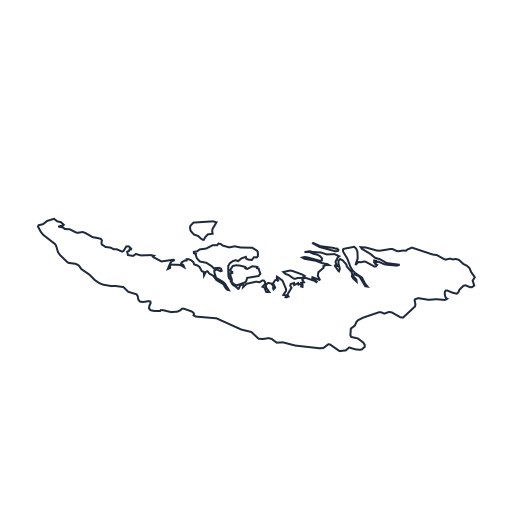 outline of Rakhine, rotated 125°
{"feature_id": "MMR-3273", "entity_name": "Rakhine", "entity_type": "State", "adm_level": 1, "iso_a3": "MMR", "parent_name": "Myanmar", "parent_adm1": "", "projection": "robinson", "projection_center": [93.662, 19.414], "detail": "fine", "context": "isolated", "style": "outline", "palette": "slate", "viewbox_px": 512, "rotation_deg": 125, "n_neighbors": 0, "source": "natural_earth", "source_scale": "10m", "svg_char_len": 6135}
<svg xmlns="http://www.w3.org/2000/svg" viewBox="0 0 512 512"><g transform="rotate(125 256 256)"><path d="M175.5,80.8L177.2,80.7L179.2,79.3L180.8,77.5L181.5,75.9L181.4,74.9L183.7,76.1L187.9,83.4L192.9,89.5L197.4,98.8L200.2,100.9L201.2,100.8L204.1,97.7L206.1,96.8L222.1,100.2L223.4,102.6L224.3,112.3L225.0,113.9L225.7,115.1L229.6,117.8L230.3,121.1L231.4,122.9L245.2,133.0L250.3,135.7L252.6,135.9L256.4,135.1L261.0,136.7L266.7,133.3L267.7,131.6L265.1,125.2L265.4,118.4L266.4,116.0L268.1,114.8L271.9,115.8L273.2,117.0L275.6,121.4L277.5,127.2L281.8,128.3L286.0,133.0L286.0,144.5L286.8,146.1L292.6,148.0L294.9,150.6L306.9,172.6L311.2,184.2L315.2,189.5L314.9,195.4L316.0,198.5L320.2,202.9L322.3,206.5L320.9,216.2L324.7,225.9L329.7,252.6L340.1,270.5L340.5,273.1L339.1,273.5L338.4,274.6L338.3,276.8L340.5,284.8L341.5,286.3L344.0,286.9L346.7,288.5L350.7,293.4L353.7,301.1L355.0,303.0L356.1,303.0L359.6,308.2L360.9,311.3L360.3,313.6L357.9,314.8L355.2,315.2L353.9,316.4L354.6,318.1L358.2,321.8L359.9,324.7L359.4,327.1L356.8,329.8L355.9,331.8L358.6,340.1L357.5,346.8L361.3,354.2L363.6,357.2L367.2,364.9L368.1,368.8L368.2,374.1L366.8,381.7L366.9,391.5L365.5,395.5L365.5,396.9L365.9,399.3L369.2,405.7L369.2,407.3L367.6,417.2L366.4,420.4L362.2,425.7L361.5,427.4L360.7,442.5L359.7,446.0L356.9,451.5L355.4,451.7L352.1,448.7L347.1,447.2L341.4,442.8L341.6,438.7L340.2,435.1L340.7,431.4L342.1,431.9L345.3,434.9L343.3,430.3L343.6,428.2L340.9,423.8L340.1,417.5L339.4,415.5L335.8,411.8L335.0,408.9L334.3,400.8L331.3,394.0L331.0,392.5L331.6,391.2L334.1,390.0L335.0,388.9L334.9,384.5L332.5,379.8L332.1,376.5L330.4,374.0L329.2,368.2L327.9,367.4L322.5,367.7L321.1,365.8L321.6,362.4L322.2,362.1L323.2,363.4L324.5,362.9L326.4,364.0L328.7,361.4L326.4,356.7L323.2,355.5L321.6,350.7L315.6,342.7L314.4,339.8L315.6,340.2L315.8,339.3L314.7,330.3L306.4,321.5L306.4,320.8L307.0,320.8L308.5,322.1L311.6,322.0L317.2,320.8L315.0,319.5L313.0,321.1L311.7,320.5L306.7,312.9L306.4,308.4L305.1,310.4L305.2,312.9L303.9,313.3L300.5,311.7L299.6,310.3L298.4,311.0L297.2,309.2L296.7,306.4L297.0,303.6L298.4,301.8L297.3,298.5L297.4,296.0L299.5,291.7L299.0,289.7L301.8,287.4L297.9,288.0L296.5,287.3L296.4,286.6L297.2,284.1L296.7,279.6L298.4,274.6L297.8,266.6L299.8,262.2L300.1,260.0L299.5,258.6L296.5,265.5L296.1,268.3L296.8,276.2L293.5,280.5L291.8,281.8L289.6,280.5L288.8,276.2L287.8,275.6L286.5,277.5L286.9,279.5L290.3,283.6L289.8,286.4L290.0,292.7L292.7,298.8L291.8,303.1L289.9,305.8L288.8,306.3L289.4,308.4L288.2,309.3L286.3,307.1L282.8,305.8L278.5,301.1L271.9,297.6L269.4,294.0L267.3,293.9L266.4,291.6L266.6,289.4L264.3,282.9L260.2,278.9L258.0,273.7L251.4,263.8L251.1,258.2L251.7,256.8L254.9,254.4L256.8,254.6L258.1,256.9L261.7,257.2L263.3,260.1L263.8,262.4L262.5,263.8L266.2,266.5L270.5,267.7L271.0,270.1L273.6,272.1L277.1,273.3L280.2,273.0L288.2,267.1L289.8,265.1L289.8,263.1L291.0,262.5L292.9,258.8L292.7,253.9L293.2,252.0L292.7,251.4L289.6,252.0L287.6,251.5L286.9,250.5L287.3,249.4L288.8,248.7L284.2,247.8L276.9,241.1L275.5,238.1L272.3,236.7L271.6,235.3L272.2,233.5L273.7,232.5L277.4,233.0L276.9,231.3L279.6,227.0L277.9,224.4L276.0,229.7L274.1,231.2L271.6,230.9L270.8,230.2L269.8,227.5L270.6,224.6L272.5,223.6L273.3,222.5L270.9,222.2L268.5,226.4L264.8,226.4L263.8,225.5L263.7,223.1L262.0,226.5L260.9,227.0L260.9,220.8L261.3,219.6L265.8,212.5L267.4,211.3L272.2,211.3L271.2,209.1L271.6,208.3L272.8,208.1L272.4,207.3L270.5,206.1L269.7,208.1L261.7,208.7L260.8,210.8L259.2,211.5L256.3,209.4L257.9,208.1L254.0,205.9L255.1,204.8L253.9,204.1L253.4,202.9L253.9,201.9L255.1,201.6L254.6,200.2L252.7,201.4L251.8,203.5L250.0,201.6L248.9,204.5L248.0,204.8L246.1,203.4L245.3,202.3L242.8,193.9L242.7,191.6L242.1,191.6L241.8,197.2L241.0,197.6L239.2,190.3L238.7,190.3L236.9,193.9L233.6,195.6L226.8,193.9L225.6,195.0L223.2,193.4L221.6,191.1L221.7,192.9L223.9,197.6L225.6,204.2L230.5,214.7L230.7,217.2L229.0,215.7L227.7,213.2L223.2,200.6L221.9,199.5L220.0,200.7L219.4,203.5L219.8,206.7L221.3,210.3L222.1,214.6L225.0,218.5L221.3,214.8L220.3,212.1L215.9,204.8L214.1,198.9L209.4,192.7L208.5,187.7L210.0,188.2L214.5,187.7L215.5,187.2L217.6,183.8L218.2,185.8L218.8,185.8L221.0,179.8L221.0,179.2L218.4,180.0L214.9,184.0L212.5,185.8L210.2,185.3L209.9,182.3L211.1,177.2L212.5,175.6L214.4,168.3L215.7,166.7L217.7,165.8L218.6,163.7L219.3,158.9L217.8,160.2L217.0,164.1L215.9,165.5L214.6,165.2L213.6,160.9L213.7,158.9L218.1,149.1L217.1,147.1L216.0,151.0L212.9,156.8L213.1,164.9L212.3,169.0L210.6,172.7L205.7,179.8L202.5,187.1L201.1,188.3L200.0,188.4L192.1,180.8L192.6,178.0L194.4,175.3L199.7,171.3L206.3,169.4L202.1,168.6L201.1,166.7L198.3,164.0L197.8,162.8L196.7,152.8L195.7,151.8L193.8,151.7L194.1,153.8L193.2,155.8L191.9,156.6L191.0,154.9L192.7,154.4L190.4,152.4L189.2,146.2L187.9,143.5L183.1,135.1L180.8,133.3L186.8,144.8L187.5,152.3L189.2,157.6L188.7,163.5L189.4,173.4L188.7,175.3L185.9,170.6L182.2,160.1L180.5,157.4L172.9,149.6L172.0,148.1L171.2,143.7L170.2,141.8L167.1,138.6L165.7,136.2L163.7,135.6L159.7,133.1L153.5,112.3L151.5,108.3L150.6,99.8L150.2,98.6L146.8,95.5L145.8,92.6L143.9,90.7L142.8,87.7L143.6,81.5L143.0,77.7L143.5,74.1L145.8,70.5L147.9,64.6L151.9,64.4L155.0,60.3L157.7,61.2L158.8,62.8L159.9,67.7L161.5,69.0L166.8,70.0L169.6,69.4L171.7,69.9L173.3,73.8L174.6,79.6L175.5,80.8ZM291.5,255.9L291.7,259.2L291.1,261.0L289.0,262.4L287.1,265.3L284.8,267.1L283.6,265.7L282.6,266.3L282.8,268.7L282.1,269.1L277.6,269.3L275.2,267.2L273.2,263.9L271.2,258.8L271.3,257.8L272.1,257.8L272.2,257.2L271.6,255.7L266.5,253.1L264.2,248.7L265.4,248.2L264.8,246.7L268.1,242.2L271.0,242.5L279.0,250.7L282.2,249.6L284.0,249.9L290.3,254.4L291.5,255.9ZM272.8,314.9L274.0,319.1L273.0,323.6L271.7,325.4L270.0,326.7L268.5,327.0L264.5,326.4L252.2,311.0L251.1,307.7L258.8,307.1L260.7,306.2L262.6,304.3L266.0,307.9L269.7,308.4L272.6,308.0L273.2,308.7L273.3,311.0L272.8,314.9ZM252.9,218.5L253.8,221.4L253.4,224.4L248.9,220.3L247.5,218.2L244.7,207.7L244.4,204.6L246.0,204.8L247.7,206.0L250.0,209.2L252.3,210.9L252.9,212.3L252.9,218.5ZM206.5,193.4L212.2,209.1L213.0,216.6L212.5,216.6L211.1,209.0L204.8,196.9L204.3,194.8L203.4,193.9L203.7,192.0L204.6,191.7L206.5,193.4Z" fill="none" stroke="#1e293b" stroke-width="2"/></g></svg>